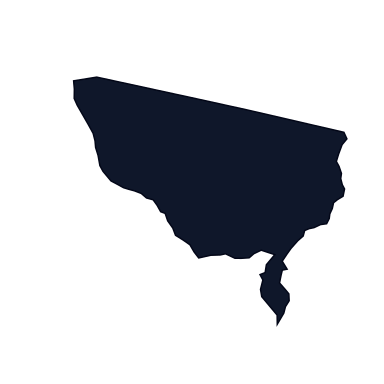 the district of Cedro, Pernambuco, Brazil, rotated 197°
{"feature_id": "56859067B25789098180708", "entity_name": "Cedro", "entity_type": "district", "adm_level": 2, "iso_a3": "BRA", "parent_name": "Brazil", "parent_adm1": "Pernambuco", "projection": "albers", "projection_center": [-39.221, -7.727], "detail": "fine", "context": "isolated", "style": "filled", "palette": "ink", "viewbox_px": 384, "rotation_deg": 197, "n_neighbors": 0, "source": "geoboundaries", "source_scale": "gbopen_adm2", "svg_char_len": 1156}
<svg xmlns="http://www.w3.org/2000/svg" viewBox="0 0 384 384"><g transform="rotate(197 192 192)"><path d="M71.8,90.5L68.8,103.0L69.1,109.7L67.3,116.4L69.6,122.9L74.6,126.2L81.7,130.6L82.5,138.6L82.8,143.7L78.5,146.0L85.5,152.2L83.1,160.2L80.8,167.1L76.6,176.3L72.8,182.4L73.0,188.1L69.3,191.2L64.9,193.6L59.6,198.4L54.0,201.0L53.0,206.7L53.8,211.3L53.0,217.2L53.5,223.1L50.7,227.2L46.3,232.1L47.0,239.5L50.4,242.9L53.7,248.3L54.5,253.4L58.9,259.5L62.9,263.4L62.9,271.2L62.3,281.2L59.4,288.1L64.2,293.5L163.4,286.6L227.9,281.4L235.9,280.7L316.7,274.0L337.7,263.7L334.6,256.0L332.0,247.0L327.1,241.4L311.2,226.5L303.7,219.2L299.7,212.6L297.2,206.4L292.5,199.5L287.8,190.3L283.1,185.7L272.7,178.9L267.4,177.9L258.7,176.1L253.3,176.1L247.5,176.3L240.1,175.8L233.8,173.0L226.9,173.2L221.5,169.1L216.2,164.0L211.4,163.7L206.8,157.3L199.8,151.9L195.1,145.8L186.5,143.5L178.5,140.9L172.5,135.3L166.3,130.9L155.6,137.0L146.5,140.1L141.9,142.7L131.6,141.2L125.5,143.0L118.1,145.8L114.8,151.1L108.8,156.6L94.5,156.3L99.6,144.2L98.5,136.3L102.8,132.9L98.5,128.6L98.0,118.9L94.7,112.3L74.6,99.2L71.8,90.5Z" fill="#0f172a" stroke="#020617" stroke-width="1.5"/></g></svg>